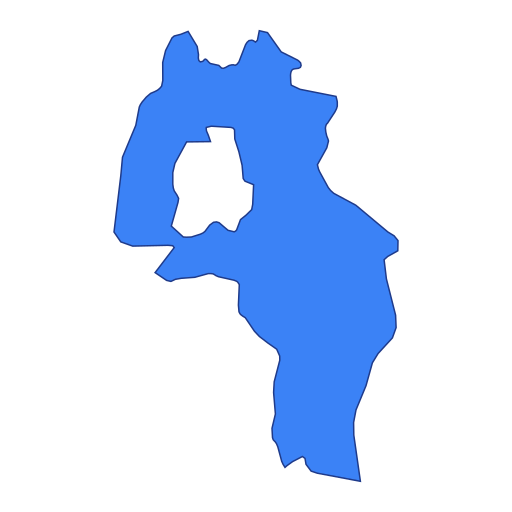 the border of Kândal
{"feature_id": "KHM-1786", "entity_name": "Kândal", "entity_type": "Province", "adm_level": 1, "iso_a3": "KHM", "parent_name": "Cambodia", "parent_adm1": "", "projection": "albers", "projection_center": [104.96, 11.392], "detail": "fine", "context": "isolated", "style": "filled", "palette": "blue", "viewbox_px": 512, "rotation_deg": 0, "n_neighbors": 0, "source": "natural_earth", "source_scale": "10m", "svg_char_len": 2568}
<svg xmlns="http://www.w3.org/2000/svg" viewBox="0 0 512 512"><path d="M360.4,481.3L317.3,473.2L311.1,471.1L306.0,464.3L305.0,458.4L302.4,456.5L292.6,461.6L286.9,465.7L285.0,467.4L283.0,464.2L282.4,462.8L281.7,461.3L277.8,446.8L276.5,443.7L275.2,441.8L274.2,440.8L273.2,439.7L272.5,437.6L272.0,428.3L275.4,414.0L273.6,392.5L274.2,381.8L279.8,360.2L279.7,356.0L276.7,349.2L268.0,343.1L259.4,336.5L254.5,331.3L245.3,317.7L242.7,316.1L240.5,314.4L239.7,313.2L239.0,311.8L238.4,305.1L239.3,284.6L237.7,282.1L236.7,281.3L234.0,280.2L218.4,276.7L215.9,275.6L214.7,274.8L213.2,273.9L211.0,273.6L208.2,273.6L194.8,277.3L181.2,278.3L175.4,279.3L171.6,281.1L170.9,281.4L166.6,280.4L155.1,272.6L174.2,247.6L172.7,245.7L167.9,245.3L132.7,246.1L120.8,241.9L114.0,232.0L120.8,175.7L122.5,157.2L135.8,125.3L139.3,107.0L140.4,104.6L142.2,101.9L146.3,97.1L150.6,93.4L154.8,91.6L157.5,90.2L159.7,88.4L161.6,86.2L162.8,80.5L162.7,62.5L165.6,50.5L172.0,37.9L174.2,36.0L180.8,34.3L188.1,31.4L197.2,46.5L198.5,54.7L198.3,57.9L198.8,60.5L200.3,61.9L202.5,61.4L203.5,60.7L204.4,59.5L205.3,59.1L206.5,59.6L208.8,62.2L210.3,63.5L218.8,65.4L221.6,68.1L223.4,68.3L225.5,67.5L229.1,65.5L231.5,64.9L233.5,64.8L235.2,65.3L237.0,64.3L238.9,61.9L245.6,44.6L247.1,42.3L249.0,40.6L251.9,40.2L253.4,40.7L255.5,42.1L257.4,40.3L259.3,30.7L267.5,32.6L281.2,51.9L297.6,60.1L299.0,61.2L300.6,62.9L301.1,65.5L300.4,67.3L298.5,68.3L294.7,68.8L293.3,69.1L292.0,70.0L291.1,71.6L290.7,73.3L290.5,75.2L290.8,82.9L291.3,85.2L300.0,89.3L336.0,96.4L337.1,100.8L337.3,102.2L337.3,106.1L336.5,108.8L334.8,112.1L327.5,123.2L327.0,123.7L326.5,124.2L325.8,125.8L325.4,128.1L325.8,132.0L326.7,135.9L328.0,139.2L328.5,141.0L326.8,147.8L317.4,164.7L318.5,169.1L319.7,171.9L328.3,187.6L330.6,190.5L333.7,193.3L355.8,205.2L387.9,232.0L394.1,235.8L398.0,240.6L397.8,250.8L387.8,256.4L384.1,259.7L386.4,278.9L395.6,315.2L396.1,327.6L392.4,337.9L378.1,353.5L372.4,362.8L366.0,385.7L356.0,409.9L353.6,422.5L353.8,435.1L360.4,481.3ZM234.2,231.8L235.4,231.2L236.6,230.0L240.5,219.6L246.1,215.1L251.7,209.6L252.7,204.3L253.6,184.7L245.0,181.2L244.3,180.2L243.2,178.5L242.1,165.3L238.9,151.8L234.8,139.0L234.5,129.7L233.1,128.1L231.0,127.4L211.3,126.2L206.3,127.4L206.2,128.8L206.5,131.0L208.3,135.2L210.5,141.6L186.6,141.9L174.9,163.4L172.8,172.6L172.8,184.2L173.3,187.9L174.2,190.8L177.0,195.1L178.6,198.4L178.0,202.4L171.3,226.1L183.3,237.0L186.6,237.2L191.4,237.0L200.3,234.2L202.9,233.0L204.9,231.5L209.7,225.1L213.5,222.3L216.5,221.9L219.1,222.7L228.0,230.3L234.2,231.8Z" fill="#3b82f6" stroke="#1e3a8a" stroke-width="1.5"/></svg>